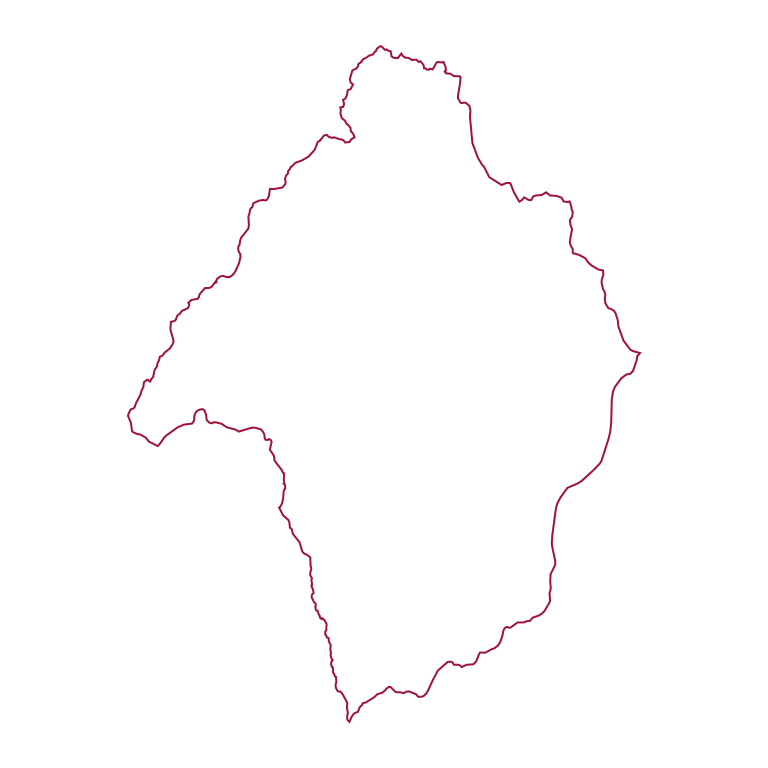 the district of Suaza, Huila, Colombia
{"feature_id": "7082276B29582947964512", "entity_name": "Suaza", "entity_type": "district", "adm_level": 2, "iso_a3": "COL", "parent_name": "Colombia", "parent_adm1": "Huila", "projection": "equal_earth", "projection_center": [-75.841, 1.869], "detail": "fine", "context": "isolated", "style": "outline", "palette": "rose", "viewbox_px": 768, "rotation_deg": 0, "n_neighbors": 0, "source": "geoboundaries", "source_scale": "gbopen_adm2", "svg_char_len": 6063}
<svg xmlns="http://www.w3.org/2000/svg" viewBox="0 0 768 768"><path d="M640.0,353.0L633.2,351.2L630.2,349.5L623.6,340.8L618.4,326.5L617.8,320.2L615.4,312.9L613.9,310.8L611.6,309.3L608.4,308.2L605.3,303.2L604.8,298.7L605.3,294.5L604.2,290.8L603.0,289.1L601.6,282.8L601.8,279.3L603.4,274.5L603.0,270.4L598.3,269.5L591.4,265.4L588.6,262.9L585.6,258.7L583.7,257.3L579.2,255.0L575.2,253.6L573.5,253.6L572.7,252.8L572.8,249.2L570.9,246.0L569.8,242.9L570.6,236.5L572.0,230.0L571.7,228.0L570.6,225.5L569.9,220.5L570.5,219.0L572.1,216.8L572.8,212.1L571.5,209.1L571.5,207.8L570.0,202.0L569.3,201.4L567.9,202.1L563.5,201.4L561.7,197.7L556.5,195.9L550.2,195.5L546.1,192.3L541.7,195.0L535.7,195.5L533.3,196.3L531.1,200.2L528.5,199.9L524.2,197.4L521.6,200.3L519.3,201.7L514.0,192.5L510.3,183.1L506.6,182.9L501.6,185.0L489.3,177.2L484.2,167.1L481.9,164.5L477.9,157.8L472.4,143.0L470.0,117.3L470.4,110.3L469.5,106.0L465.8,102.8L464.3,102.6L461.5,103.2L460.4,102.6L458.0,98.3L458.0,95.5L460.2,82.5L460.5,77.0L459.8,76.3L453.8,76.1L450.4,73.7L445.9,73.3L444.7,71.4L445.9,70.7L445.6,67.1L443.5,61.9L442.1,62.5L437.3,62.0L436.4,62.8L432.7,69.4L429.8,68.7L428.7,69.8L426.7,69.5L425.3,68.3L424.0,68.3L423.8,66.0L423.2,64.5L420.3,61.2L418.7,62.0L416.3,59.6L412.0,60.0L408.6,58.0L405.2,57.6L402.7,55.9L401.3,53.6L397.8,58.1L393.6,57.8L391.5,56.3L390.7,51.3L388.7,51.0L386.7,49.4L385.0,49.9L381.2,46.1L381.4,46.5L380.2,46.2L376.8,48.8L376.1,50.9L375.1,51.5L372.8,54.5L368.7,55.8L367.2,57.1L362.8,59.4L362.2,60.8L361.3,61.4L361.3,62.0L358.3,64.1L358.0,66.3L356.6,68.3L352.4,70.4L349.8,79.1L350.6,82.4L353.0,84.4L350.7,89.0L347.7,90.2L347.0,94.9L346.0,97.3L345.4,98.4L343.0,99.9L344.0,103.5L343.9,104.8L343.1,106.9L340.3,107.4L340.9,110.1L340.4,113.1L341.8,118.2L344.9,120.6L346.8,124.2L348.0,124.8L350.4,127.8L350.9,131.2L353.2,133.8L354.5,137.4L351.1,139.4L349.5,142.0L345.2,142.5L343.5,140.4L342.2,139.6L339.1,139.1L334.1,137.3L332.5,137.9L328.7,136.9L326.6,134.7L323.6,135.8L321.9,138.3L320.5,139.5L320.4,140.4L317.8,141.9L314.7,149.8L308.4,156.7L301.6,160.6L295.3,162.8L291.8,166.5L290.9,166.7L289.6,169.4L288.1,171.1L288.0,173.4L286.0,175.7L285.0,179.1L285.7,182.7L285.1,184.4L282.4,187.5L274.4,189.0L270.0,188.9L268.8,196.4L266.8,199.9L265.7,200.4L263.0,200.0L259.1,200.6L253.3,203.3L252.3,207.2L250.8,208.3L250.0,209.7L249.5,213.3L248.4,216.5L248.9,225.1L248.3,228.7L241.2,237.6L240.2,240.3L239.6,244.5L238.3,246.8L238.1,248.4L238.7,251.6L240.2,254.0L240.5,256.6L239.1,263.0L235.5,271.1L232.8,274.9L229.6,277.0L226.9,277.1L222.8,275.9L220.3,276.4L217.2,278.8L216.4,280.5L216.5,282.0L216.0,282.5L215.4,281.8L211.6,286.8L209.0,288.0L205.1,288.0L199.6,294.2L198.8,297.3L197.5,298.9L191.5,299.9L188.3,302.8L188.9,303.6L189.2,305.3L188.0,308.1L181.8,311.0L179.8,313.7L177.3,315.6L175.8,319.7L174.5,321.0L171.0,321.8L170.4,328.5L170.6,330.6L173.2,339.3L173.5,342.1L172.7,344.0L170.1,348.2L164.8,352.5L162.2,355.8L159.8,356.7L159.1,360.0L157.5,363.3L157.0,366.3L154.5,370.2L153.1,377.2L151.3,379.0L150.3,381.5L149.3,381.4L148.0,379.8L147.1,379.7L143.9,382.3L143.3,387.3L141.6,390.5L140.4,394.8L136.0,403.1L134.7,407.0L133.2,408.6L130.6,409.4L128.6,413.6L128.0,415.9L130.9,422.7L132.0,431.2L133.6,432.5L137.7,434.2L139.8,434.3L145.7,437.6L148.8,441.5L157.7,446.1L160.3,443.3L164.1,437.7L166.4,435.4L177.7,427.3L184.0,424.6L192.0,423.6L193.7,421.3L194.3,418.8L194.1,416.8L194.9,414.3L196.5,411.3L199.3,409.7L202.5,409.1L204.4,410.3L206.0,414.5L206.7,420.0L209.2,422.6L211.9,423.3L213.8,422.3L216.4,422.4L221.7,423.9L226.8,427.3L235.5,429.6L238.8,431.6L251.4,427.8L254.5,427.6L261.0,429.4L263.6,432.8L264.3,434.7L264.7,438.2L265.3,439.5L267.4,440.1L268.8,439.1L270.7,439.9L271.6,441.8L269.9,449.7L273.9,455.8L274.6,460.7L282.1,470.5L282.8,472.5L283.9,473.2L284.0,474.1L283.8,480.4L284.2,482.0L283.6,483.7L284.6,484.0L284.9,484.6L285.3,488.3L284.0,490.1L283.6,492.0L283.2,498.0L282.0,503.4L280.5,506.4L279.1,507.6L283.2,515.5L288.2,519.8L289.3,522.2L289.9,527.5L291.8,529.3L292.9,533.9L299.6,542.4L302.3,551.6L304.4,553.8L307.0,554.8L310.2,557.2L310.6,565.5L311.3,568.8L310.4,572.1L310.2,575.2L311.9,578.2L311.4,580.3L312.2,584.7L311.4,585.4L311.4,586.1L312.1,587.1L312.1,588.0L312.9,589.0L313.6,592.9L312.0,594.6L311.6,596.2L311.9,598.2L312.9,599.4L313.7,601.8L315.6,603.6L315.8,605.8L315.3,606.7L315.8,609.8L316.5,610.5L317.4,610.6L317.9,611.4L318.5,613.8L319.8,616.0L319.7,617.1L320.6,618.4L321.3,618.2L321.9,619.1L322.7,618.5L324.3,619.9L326.6,624.0L326.2,630.3L325.3,631.5L325.3,634.7L326.2,635.3L326.7,637.4L328.3,637.8L328.7,638.4L328.8,641.5L330.7,645.0L330.3,649.4L331.0,652.8L330.6,655.6L331.6,658.8L332.7,660.1L331.3,661.9L331.1,664.6L331.7,665.6L331.7,666.7L332.9,667.7L333.1,672.7L334.4,674.5L334.7,676.0L336.0,677.0L336.3,681.8L335.5,685.3L336.0,688.1L337.9,691.4L340.5,691.6L343.0,694.9L347.3,702.9L346.8,707.3L347.9,712.9L347.2,715.9L347.2,718.7L347.4,719.8L349.4,721.9L351.5,717.1L353.6,714.0L354.8,713.0L357.9,711.9L359.8,707.1L362.2,704.8L362.9,703.1L365.7,702.5L374.2,697.2L377.4,694.2L382.2,692.7L385.4,690.2L386.4,688.7L388.9,686.9L390.5,687.0L395.6,692.0L396.4,692.2L400.9,692.4L403.6,693.2L406.2,691.7L409.1,691.4L416.3,694.4L418.1,696.8L421.6,696.7L423.7,696.0L426.3,693.5L428.0,690.6L433.1,679.5L437.9,670.5L447.9,661.8L451.6,661.8L453.0,663.0L453.9,664.8L458.1,664.7L460.2,665.5L461.6,667.1L466.5,664.8L473.4,664.3L476.2,661.4L479.1,654.0L480.1,652.5L485.3,652.7L491.9,649.1L494.4,648.3L498.0,645.4L499.5,643.4L501.0,640.0L502.7,634.5L503.3,630.8L504.3,628.8L505.7,627.3L507.6,627.0L508.4,627.7L510.5,627.6L517.5,622.5L524.0,622.4L526.7,621.2L529.9,620.9L532.6,617.7L538.9,615.5L542.3,613.3L544.5,611.0L549.3,602.9L550.1,600.4L549.5,593.7L550.8,588.3L550.2,581.9L550.6,574.2L555.2,564.8L555.2,560.9L552.4,547.7L551.8,543.2L552.3,535.4L554.7,517.4L555.9,508.5L557.2,503.7L560.5,497.4L567.5,487.8L577.3,483.6L581.3,481.2L592.9,470.7L599.8,463.6L601.5,460.8L608.4,439.2L610.2,432.0L611.2,422.6L611.8,399.0L613.1,391.1L615.0,386.8L621.2,378.4L626.2,374.6L630.4,373.7L633.0,371.0L636.6,360.4L637.2,356.4L640.0,353.0Z" fill="none" stroke="#9f1239" stroke-width="2"/></svg>